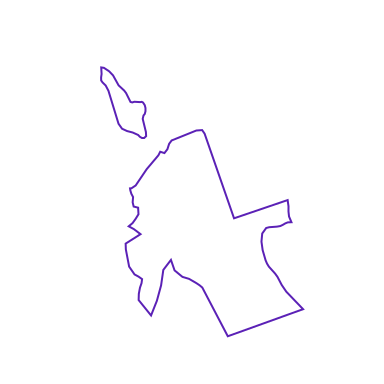 an SVG outline of Davao del Norte, rotated 160°
{"feature_id": "PHL-2591", "entity_name": "Davao del Norte", "entity_type": "Province", "adm_level": 1, "iso_a3": "PHL", "parent_name": "Philippines", "parent_adm1": "", "projection": "albers", "projection_center": [125.674, 7.446], "detail": "fine", "context": "isolated", "style": "outline", "palette": "violet", "viewbox_px": 384, "rotation_deg": 160, "n_neighbors": 0, "source": "natural_earth", "source_scale": "10m", "svg_char_len": 1453}
<svg xmlns="http://www.w3.org/2000/svg" viewBox="0 0 384 384"><g transform="rotate(160 192 192)"><path d="M249.0,216.6L247.6,216.2L242.7,217.4L226.7,229.0L211.0,238.0L208.1,240.7L204.6,238.0L200.5,240.6L197.0,245.1L193.5,247.4L166.9,248.3L161.3,246.7L160.2,242.5L161.5,152.9L104.9,151.7L106.2,145.6L108.0,140.7L109.2,135.8L108.9,129.6L112.4,130.7L115.1,130.6L117.7,130.1L120.6,129.8L124.0,130.4L131.5,132.5L134.6,132.8L140.2,129.0L143.7,121.6L145.5,113.2L146.2,102.7L146.0,99.1L145.3,95.6L141.8,86.9L140.7,83.0L139.5,74.0L137.5,66.1L127.7,43.9L207.7,44.2L215.0,98.7L216.8,101.8L219.0,104.8L224.5,111.4L230.0,115.5L235.2,124.3L235.0,135.4L245.6,128.6L253.0,114.8L262.2,101.8L272.7,90.0L279.1,108.7L276.8,114.5L273.6,119.9L270.6,123.6L268.7,127.2L271.2,130.8L274.2,134.2L276.6,143.4L273.8,160.7L272.0,166.2L254.8,170.0L259.4,177.1L263.2,181.4L258.5,183.1L254.1,186.1L249.9,189.4L248.0,195.7L251.8,198.3L251.3,202.6L249.1,207.4L249.6,211.1L249.4,214.6L249.0,216.6ZM238.6,325.6L239.2,327.9L238.2,330.8L236.6,333.8L234.7,340.1L232.3,338.8L228.6,333.8L226.3,328.6L224.5,317.3L221.0,310.4L220.1,307.5L219.0,297.7L217.5,296.6L215.3,296.5L210.0,294.2L208.4,293.9L207.4,292.8L206.7,289.7L207.0,286.8L208.1,283.8L209.7,281.5L211.4,280.5L213.3,277.6L214.8,264.1L216.0,260.2L218.5,259.1L220.6,259.9L222.1,261.7L223.1,264.0L227.4,268.2L232.2,271.5L236.1,275.4L237.7,281.3L235.9,315.7L236.7,321.6L238.6,325.6Z" fill="none" stroke="#5b21b6" stroke-width="2"/></g></svg>